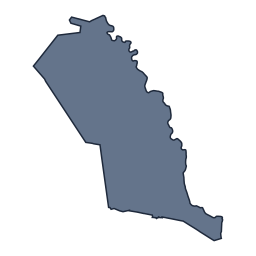 Piedras Negras, Coahuila, Mexico
{"feature_id": "50627088B9984544896991", "entity_name": "Piedras Negras", "entity_type": "district", "adm_level": 2, "iso_a3": "MEX", "parent_name": "Mexico", "parent_adm1": "Coahuila", "projection": "albers", "projection_center": [-100.532, 28.774], "detail": "fine", "context": "isolated", "style": "filled", "palette": "slate", "viewbox_px": 256, "rotation_deg": 0, "n_neighbors": 0, "source": "geoboundaries", "source_scale": "gbopen_adm2", "svg_char_len": 5752}
<svg xmlns="http://www.w3.org/2000/svg" viewBox="0 0 256 256"><path d="M128.7,210.7L137.3,212.1L143.8,213.5L144.2,213.5L152.3,215.1L152.6,216.5L152.3,217.4L152.5,217.4L154.7,217.6L155.2,217.8L155.3,217.6L155.8,217.7L156.2,218.0L156.4,217.8L156.5,217.8L156.6,218.1L156.7,218.4L157.3,218.0L158.0,217.4L158.7,216.9L159.0,217.5L159.1,217.4L160.0,217.5L160.9,217.7L161.3,217.6L162.2,217.7L162.1,217.0L162.8,217.1L163.3,217.2L163.5,217.3L164.9,217.5L165.5,217.6L165.9,217.7L167.2,218.0L167.4,218.0L171.5,218.8L176.0,219.7L180.4,220.6L183.2,221.1L188.6,224.5L189.1,224.8L189.7,225.2L191.2,226.1L197.6,230.1L200.2,231.9L206.7,236.0L210.8,238.6L214.1,240.6L221.3,238.4L221.2,238.1L220.9,235.9L220.7,233.7L220.7,233.2L221.3,231.7L221.4,231.4L221.4,230.9L221.6,226.0L221.7,224.5L221.7,223.5L221.8,222.6L222.0,222.0L222.4,220.9L222.5,220.4L222.6,219.7L222.2,219.0L222.1,218.6L222.1,218.4L222.4,218.1L222.4,217.8L222.3,217.4L222.1,217.0L221.8,216.8L221.5,216.7L220.9,216.5L219.8,216.4L218.5,216.3L216.7,216.3L216.3,216.4L215.2,217.5L214.4,217.7L213.6,217.7L213.1,217.6L209.8,215.8L208.6,215.2L206.1,213.9L205.5,213.3L205.0,212.8L204.5,212.0L204.1,211.1L203.6,209.9L203.2,209.1L202.7,208.1L202.6,207.8L202.3,207.6L201.6,207.6L201.1,207.6L200.6,207.7L200.3,207.7L199.9,207.6L199.3,207.2L196.6,205.9L196.4,205.9L196.0,205.9L195.1,206.1L194.5,206.1L193.4,205.9L192.3,205.6L191.5,205.0L190.7,204.2L190.2,203.5L190.1,203.4L189.9,202.9L189.9,202.6L189.8,201.8L189.3,200.0L187.9,196.0L187.6,195.0L187.0,192.9L186.5,191.5L186.1,190.4L185.6,189.1L185.4,188.4L185.3,187.5L185.2,186.6L185.0,185.9L184.7,185.1L184.3,183.5L184.2,182.9L184.2,182.4L184.0,180.3L184.0,179.8L183.9,178.3L183.9,177.6L183.6,175.9L183.3,174.0L183.2,173.3L183.2,172.9L183.4,172.5L184.2,171.6L184.5,171.2L185.0,170.5L185.2,170.1L185.3,169.8L185.5,169.4L186.3,166.3L186.3,165.9L186.2,165.6L185.8,164.7L185.7,163.9L185.6,162.6L185.6,161.7L185.7,160.3L185.8,159.2L186.2,157.9L186.3,157.2L186.3,155.9L186.1,155.0L186.1,153.3L186.1,152.6L186.0,151.4L185.9,150.5L185.7,150.0L185.1,149.7L184.4,149.7L183.9,149.8L183.4,149.8L183.1,149.9L182.5,149.8L181.9,149.4L181.7,149.3L181.4,148.7L181.1,148.0L181.2,147.5L181.3,147.0L181.6,146.4L181.8,145.8L181.8,144.0L181.7,143.1L181.2,142.2L180.4,141.2L179.4,140.3L178.3,139.3L177.8,138.9L177.4,138.7L177.0,138.6L176.6,138.7L175.9,139.1L175.0,139.6L174.2,140.0L173.5,140.1L173.1,140.0L172.0,139.4L170.9,138.6L170.5,138.1L170.2,137.1L170.3,136.2L170.8,134.5L171.2,133.9L171.8,133.4L172.4,132.6L172.7,131.4L172.6,130.3L172.2,129.1L171.7,128.2L171.3,127.8L170.3,127.6L170.0,127.5L169.5,126.8L168.9,125.6L168.4,124.6L167.9,123.7L167.7,122.9L167.8,122.3L168.0,121.7L168.2,121.1L168.7,120.5L169.2,120.1L169.7,119.7L170.1,119.3L170.5,118.8L170.8,118.0L170.9,116.8L171.0,115.8L171.0,114.9L170.6,112.0L170.5,110.8L170.3,109.5L170.0,108.6L169.7,108.0L169.5,107.1L169.1,106.3L168.8,106.2L168.0,106.1L167.3,105.9L166.5,105.5L165.5,104.9L165.1,104.3L164.6,103.4L163.8,102.6L163.2,101.9L163.0,101.6L162.9,101.3L162.9,100.6L162.9,99.8L163.0,99.4L163.3,98.7L163.4,97.8L163.3,97.1L163.1,96.3L162.9,95.5L162.7,94.8L162.8,94.4L162.8,93.5L162.7,93.1L162.1,92.6L161.6,92.3L160.1,91.8L158.8,91.3L158.2,91.2L157.6,91.2L156.5,91.0L153.8,90.6L153.2,90.7L152.1,91.0L151.4,91.2L150.7,91.4L150.3,91.6L149.7,92.0L149.1,92.5L148.5,92.7L148.1,92.6L147.4,92.3L146.8,91.8L146.3,91.0L145.9,90.0L145.6,89.0L145.2,88.0L145.0,87.2L144.8,86.7L144.8,86.1L144.8,85.5L145.1,84.5L146.0,82.0L146.5,80.8L147.0,79.2L147.2,77.9L147.1,77.4L146.8,76.8L144.0,73.8L143.4,73.0L141.9,71.7L141.7,71.6L141.4,71.5L140.7,71.2L139.3,70.4L137.7,69.3L137.2,68.8L136.3,67.3L136.2,67.0L136.2,66.7L136.4,66.2L136.6,65.7L136.7,65.2L136.8,64.6L136.9,64.1L137.0,63.5L137.2,63.2L137.2,62.3L137.1,61.4L136.9,61.1L136.0,60.7L134.9,60.6L134.3,60.6L133.9,60.7L133.6,60.9L133.3,61.0L133.0,61.0L132.7,60.8L132.3,60.5L131.9,59.8L131.8,59.5L131.7,59.0L131.6,58.4L131.6,58.0L131.6,57.3L131.7,56.9L131.8,56.6L132.3,56.1L132.9,55.4L133.7,55.0L134.7,54.7L135.7,54.6L136.2,54.4L136.8,53.9L137.4,53.2L137.5,52.6L137.5,51.8L137.2,51.1L136.9,50.6L136.5,50.0L136.0,49.9L135.3,49.9L134.7,50.1L134.3,50.4L133.9,50.8L133.5,51.1L132.6,51.2L132.2,51.5L131.5,51.9L130.8,52.1L130.1,52.0L129.7,51.7L129.2,51.2L128.8,50.3L128.8,49.9L129.0,49.1L129.3,48.5L129.6,48.1L129.7,47.8L129.7,47.4L129.7,46.9L129.5,46.0L129.6,45.3L129.8,44.6L129.9,44.4L130.8,43.3L130.9,43.0L131.0,42.6L130.8,42.1L130.7,41.8L130.2,41.5L129.9,41.3L129.0,41.1L128.3,41.0L127.6,41.0L126.8,41.0L125.9,41.1L125.7,41.2L125.4,41.4L125.3,41.6L125.3,41.9L125.2,42.1L125.1,42.3L124.8,42.4L124.6,42.4L124.0,42.3L123.3,42.1L122.6,41.6L121.9,40.9L121.7,40.5L121.7,40.1L121.7,39.5L121.7,38.7L121.5,37.9L120.9,37.3L120.4,36.9L119.9,36.7L119.3,36.6L119.0,36.3L118.5,36.1L117.9,36.0L117.3,36.1L116.9,36.2L116.7,36.5L116.5,36.8L116.5,37.5L116.6,38.1L116.6,38.5L116.1,39.5L115.4,40.2L114.8,40.6L114.2,40.8L112.7,40.5L112.0,40.3L111.6,39.9L111.4,38.9L110.9,37.4L109.7,35.2L109.3,34.8L108.5,34.6L107.8,34.1L107.4,33.6L107.1,33.0L107.0,32.6L107.1,32.4L107.3,32.2L107.7,31.9L108.3,31.7L108.7,31.6L110.2,31.7L110.9,31.7L111.9,31.8L112.3,31.7L112.6,31.5L113.1,31.1L113.5,30.6L113.7,30.1L113.8,29.5L113.8,28.9L113.7,27.6L113.5,27.0L112.9,26.3L112.0,25.9L111.0,25.6L110.1,25.4L109.7,25.3L109.3,25.0L108.8,24.6L107.8,23.5L107.5,22.9L106.5,21.1L106.4,20.7L106.1,19.8L105.6,17.5L105.3,17.1L104.6,16.4L104.5,16.2L104.5,15.9L104.4,15.9L103.0,15.4L91.6,20.6L89.6,21.8L71.6,17.1L69.4,20.0L70.9,23.2L80.8,26.1L80.0,32.5L57.8,35.2L56.0,37.5L38.7,59.5L33.4,66.1L44.6,79.0L45.7,81.4L65.5,111.5L85.8,142.4L91.5,143.2L92.5,143.4L93.8,143.8L100.0,144.8L101.5,156.1L104.5,177.8L108.6,207.4L110.0,207.6L111.1,209.3L114.1,208.5L119.6,210.8L123.0,211.7L128.9,210.4L128.7,210.7Z" fill="#64748b" stroke="#1e293b" stroke-width="1.5"/></svg>